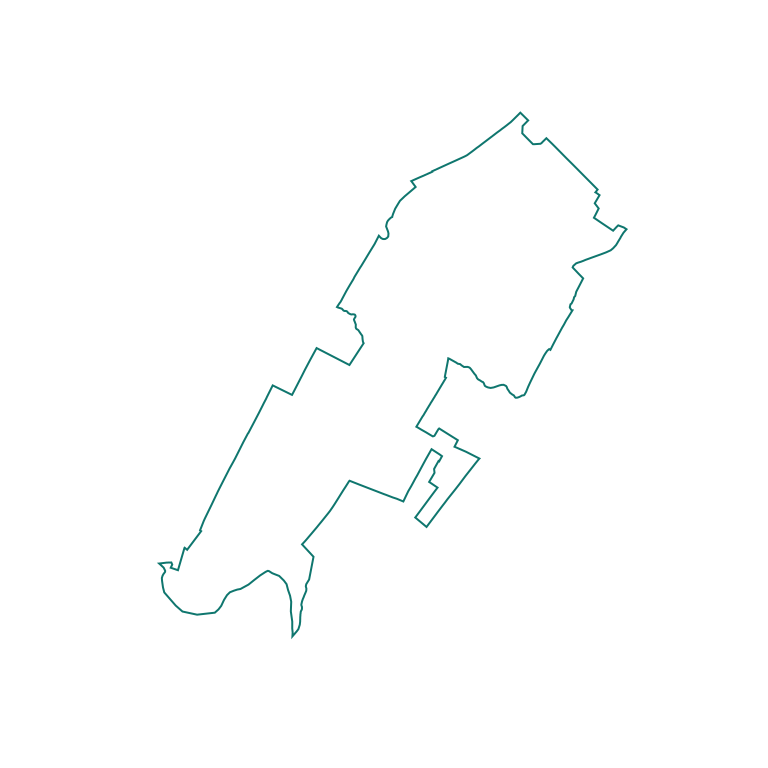 outline of Clinceni, Ilfov, Romania, rotated 337°
{"feature_id": "2599482B71461276901168", "entity_name": "Clinceni", "entity_type": "district", "adm_level": 2, "iso_a3": "ROU", "parent_name": "Romania", "parent_adm1": "Ilfov", "projection": "mercator", "projection_center": [25.929, 44.377], "detail": "fine", "context": "isolated", "style": "outline", "palette": "teal", "viewbox_px": 768, "rotation_deg": 337, "n_neighbors": 0, "source": "geoboundaries", "source_scale": "gbopen_adm2", "svg_char_len": 6142}
<svg xmlns="http://www.w3.org/2000/svg" viewBox="0 0 768 768"><g transform="rotate(337 384 384)"><path d="M106.9,461.4L109.4,466.9L109.6,470.3L109.1,471.4L108.1,472.0L106.7,472.8L105.3,473.9L103.7,475.8L102.8,478.4L101.1,484.8L100.3,490.0L105.7,506.6L109.6,514.7L121.8,523.3L138.9,528.4L143.6,526.8L147.5,524.6L152.4,520.2L157.0,517.0L160.8,515.5L165.0,515.6L168.6,515.9L171.8,516.6L180.9,515.7L188.0,513.7L195.2,511.8L201.5,510.7L202.9,510.6L204.1,510.6L205.1,511.4L206.1,512.9L207.2,514.5L209.4,516.7L212.5,519.7L215.0,525.7L216.1,530.2L215.2,536.1L214.8,542.2L213.5,548.2L209.4,556.9L206.7,566.9L204.0,573.2L202.8,577.1L201.1,580.5L207.0,577.6L209.4,576.2L212.4,572.7L213.2,571.3L213.9,570.1L214.4,569.0L215.1,567.5L215.8,565.9L216.5,564.6L216.9,563.7L217.3,563.0L217.7,562.4L218.3,561.2L219.2,560.3L220.0,559.7L220.5,559.1L221.0,558.1L221.4,557.0L221.5,555.5L221.8,554.6L222.4,553.8L223.6,552.1L225.3,550.2L226.6,549.0L227.9,547.6L230.0,545.6L231.6,544.0L232.6,542.1L233.0,539.6L234.2,537.9L238.7,534.7L251.6,515.5L245.9,499.6L249.1,498.2L250.6,497.5L251.0,497.3L256.0,494.8L259.6,493.0L266.3,489.6L269.1,488.1L273.7,485.7L281.9,481.3L284.6,479.8L288.7,477.2L291.4,475.4L297.3,471.3L300.0,469.4L305.3,465.7L308.6,463.5L313.8,459.9L314.5,459.6L321.8,466.8L341.2,485.6L342.2,486.5L347.8,491.9L350.9,494.6L355.9,499.7L360.3,495.8L364.4,492.2L369.1,488.7L372.5,486.0L376.1,483.1L378.8,481.1L388.0,473.7L393.4,469.4L402.3,462.6L407.7,470.6L409.2,473.1L404.5,476.8L404.1,476.2L396.9,481.8L395.8,485.5L387.3,491.8L392.8,500.3L388.6,502.7L383.1,505.9L378.7,508.5L373.6,511.5L362.2,518.2L360.6,519.1L367.3,532.2L380.6,524.5L383.5,522.8L390.5,518.8L393.9,516.9L397.3,514.9L401.0,512.9L403.8,511.4L408.6,508.8L414.7,505.4L423.1,500.5L425.3,499.3L436.0,493.4L436.9,492.9L438.6,492.0L441.8,490.3L442.7,489.9L433.0,478.4L424.4,469.3L430.0,464.6L417.4,446.5L416.5,446.8L414.4,448.3L411.7,450.3L410.6,451.1L410.2,451.4L409.3,451.4L408.5,451.3L406.9,449.2L403.8,444.9L400.5,440.6L398.2,437.4L397.1,436.0L407.0,428.8L407.8,428.4L409.0,427.5L411.0,426.0L412.2,425.2L412.8,424.7L413.6,424.1L414.4,423.5L415.0,423.1L415.3,422.9L415.8,422.5L416.5,422.0L416.9,421.7L417.5,421.3L418.2,420.8L418.8,420.4L419.2,420.0L420.4,419.2L422.0,418.1L422.7,417.6L423.5,417.0L423.8,416.8L424.8,416.1L425.4,415.7L426.4,414.9L427.0,414.5L427.9,413.9L428.7,413.3L429.5,412.7L437.3,407.0L438.7,406.0L439.4,405.5L440.4,404.7L441.1,404.3L441.7,403.8L443.5,402.5L442.7,401.3L451.5,388.2L452.6,386.5L453.2,385.5L454.0,386.3L458.9,392.6L459.8,394.1L461.9,395.5L462.7,397.2L464.3,399.6L467.4,400.8L468.5,401.6L469.3,402.6L469.9,404.4L471.2,409.9L471.9,412.0L471.9,414.9L472.3,416.2L472.8,417.0L473.5,417.8L474.3,419.0L475.0,420.1L475.8,420.8L476.2,422.2L476.1,425.0L477.0,426.4L478.4,427.8L480.6,429.3L483.6,430.0L489.8,430.4L492.0,430.8L493.8,431.5L495.5,433.4L495.8,434.4L495.7,436.7L496.2,439.1L496.5,441.1L497.9,443.7L499.1,445.3L499.4,447.4L500.0,448.2L501.6,448.7L503.4,448.8L505.2,448.7L506.3,448.5L508.4,449.0L509.1,448.8L511.8,446.7L515.6,442.9L519.0,439.8L526.3,433.4L527.9,432.1L531.6,429.2L535.3,426.3L539.5,422.8L542.0,420.7L543.5,419.6L545.3,418.4L546.9,417.4L547.8,417.0L549.7,416.4L550.5,417.6L555.0,413.8L561.2,408.7L561.5,408.5L569.9,401.8L572.9,399.6L576.6,396.6L579.7,394.5L586.3,389.8L586.0,389.6L585.5,389.5L585.0,386.7L585.0,385.9L586.8,383.5L588.1,383.2L591.6,380.2L592.9,378.4L594.4,377.7L597.0,374.2L602.1,370.0L608.1,365.0L608.6,364.6L606.4,359.0L604.0,352.6L603.2,350.4L604.5,349.2L608.1,348.0L609.5,348.1L610.1,348.1L613.0,348.4L615.6,348.5L615.9,348.5L618.2,348.5L619.9,348.6L623.9,348.8L627.5,349.0L634.5,349.4L639.4,349.6L640.4,349.6L644.9,349.5L647.9,348.6L651.9,346.8L654.0,345.3L654.9,344.6L658.8,341.8L659.1,341.5L659.7,341.0L663.6,338.3L667.7,336.3L665.9,333.6L661.6,329.5L659.7,330.2L654.8,332.4L647.6,321.4L642.2,313.0L644.8,310.9L650.2,306.3L648.6,300.0L656.2,294.4L654.0,290.8L653.5,290.2L656.6,288.5L643.6,255.9L640.2,247.6L634.3,232.7L632.6,228.5L629.5,221.2L624.4,223.2L623.1,223.8L622.4,223.9L621.9,224.0L615.8,221.9L614.8,221.4L609.2,207.3L612.4,200.7L619.7,197.7L615.5,187.5L615.0,187.7L613.1,188.5L608.8,190.2L606.8,191.0L604.5,191.9L602.9,192.5L600.6,193.1L598.1,193.8L595.0,194.6L592.4,195.2L589.8,195.9L586.3,196.7L579.3,198.5L572.6,200.2L569.0,201.1L564.0,202.4L561.6,202.9L559.4,203.5L557.1,204.1L552.1,205.3L551.3,205.5L550.1,205.8L549.2,205.9L548.1,206.0L546.2,206.1L534.7,206.4L529.9,206.5L522.4,206.7L511.5,207.0L511.4,207.5L501.1,207.7L498.0,207.7L491.7,207.8L488.4,207.9L488.5,208.2L490.1,215.0L487.3,215.9L482.2,217.5L476.4,219.3L470.3,221.6L467.6,223.5L462.8,227.0L458.8,231.0L457.1,233.0L456.8,233.5L456.3,233.5L455.3,233.6L453.1,234.4L451.4,235.2L450.0,236.3L448.5,238.3L447.5,239.8L447.3,245.2L446.9,247.3L445.5,249.9L443.9,250.7L441.9,251.0L440.6,250.6L439.4,249.9L438.2,248.3L437.2,245.5L430.0,251.5L422.4,256.9L418.4,259.8L415.1,262.2L412.3,264.2L409.1,266.5L407.7,267.4L398.8,273.8L396.7,275.6L390.9,279.8L385.8,283.6L378.5,289.5L377.6,290.3L377.4,290.4L376.0,291.5L374.7,292.2L372.7,293.5L370.8,294.8L371.7,295.8L372.1,296.1L373.2,297.0L374.5,298.1L374.9,298.9L375.4,300.5L376.1,301.3L376.7,301.5L378.0,302.3L378.5,303.1L378.7,304.4L379.7,305.9L381.0,307.2L382.4,307.6L383.3,308.0L384.2,308.7L384.4,309.3L384.4,310.0L384.3,310.5L383.9,311.1L383.1,311.6L381.9,312.5L381.5,313.0L381.4,314.1L381.4,315.5L381.3,317.2L381.3,318.2L380.1,320.8L380.0,321.6L380.2,322.7L380.8,323.4L381.4,324.4L382.3,329.0L382.8,331.0L382.6,332.0L382.1,333.4L381.6,335.0L381.3,336.2L381.1,337.1L381.2,338.5L359.6,353.0L336.0,324.6L325.4,333.0L316.9,339.9L311.6,344.4L298.5,355.3L295.1,358.1L294.9,357.9L281.0,341.8L277.5,344.8L275.5,346.5L270.7,350.6L270.0,351.3L265.6,354.9L264.8,355.6L257.6,361.7L250.3,367.7L239.9,376.2L239.5,376.3L231.6,382.7L225.5,387.9L220.9,391.8L217.7,394.5L214.3,397.2L208.9,401.4L204.6,405.0L199.1,409.6L191.6,415.9L190.2,417.1L189.0,418.1L187.8,419.2L185.5,421.2L178.3,427.6L166.7,437.7L164.5,439.7L159.7,444.6L157.5,446.8L158.2,448.0L138.0,459.7L136.5,456.8L136.3,456.9L121.6,474.9L115.9,469.8L118.5,467.5L118.5,465.2L114.2,463.5L108.9,462.0L106.9,461.4Z" fill="none" stroke="#0f766e" stroke-width="2"/></g></svg>